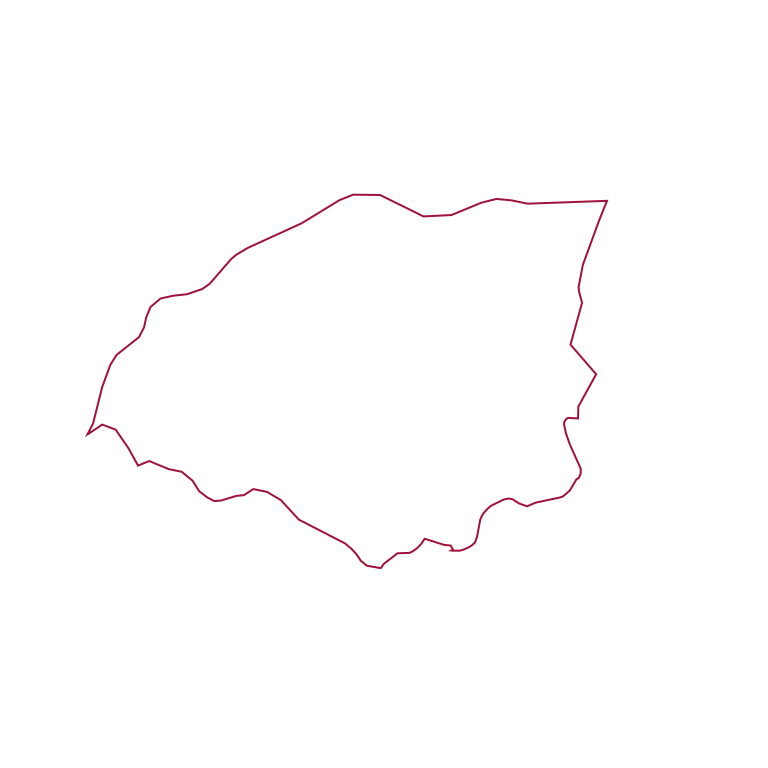 outline of Atlántico, rotated 241°
{"feature_id": "COL-1412", "entity_name": "Atlántico", "entity_type": "Department", "adm_level": 1, "iso_a3": "COL", "parent_name": "Colombia", "parent_adm1": "", "projection": "mercator", "projection_center": [-75.051, 10.678], "detail": "fine", "context": "isolated", "style": "outline", "palette": "rose", "viewbox_px": 768, "rotation_deg": 241, "n_neighbors": 0, "source": "natural_earth", "source_scale": "10m", "svg_char_len": 1438}
<svg xmlns="http://www.w3.org/2000/svg" viewBox="0 0 768 768"><g transform="rotate(241 384 384)"><path d="M205.7,362.2L205.7,364.0L210.4,364.0L214.3,358.4L228.9,344.6L226.1,339.0L224.5,334.0L223.8,328.5L223.8,324.8L223.9,324.6L229.4,313.7L226.8,296.7L224.5,291.9L233.3,281.0L240.7,278.0L248.5,277.4L256.1,275.5L263.5,272.6L306.6,243.8L332.5,237.5L346.3,229.4L355.5,218.7L354.7,207.6L357.7,200.7L361.1,184.9L363.9,178.8L370.4,174.5L379.7,170.4L392.2,169.7L405.3,164.5L414.0,154.4L430.5,141.2L431.9,129.3L451.0,129.4L474.1,127.2L485.1,117.9L484.0,105.2L483.7,100.2L490.4,110.3L518.1,136.2L533.5,154.0L539.1,164.2L543.8,192.5L550.0,201.7L557.6,208.4L564.5,217.0L567.1,230.0L563.5,242.2L558.0,255.3L555.2,271.1L556.1,279.9L567.4,311.0L568.6,316.9L569.1,330.8L564.5,389.9L566.4,434.3L564.5,448.9L551.2,472.2L511.4,499.8L499.1,524.9L495.4,556.8L491.4,571.9L483.0,584.3L472.1,597.0L436.1,667.8L422.3,650.9L391.8,615.7L374.2,601.0L369.9,599.3L359.0,596.6L328.0,566.2L289.7,574.3L270.0,543.0L259.8,537.0L265.2,528.4L265.0,526.5L263.5,523.3L261.1,521.8L252.4,519.2L240.8,517.2L214.4,515.0L210.1,512.4L207.4,508.8L207.3,506.1L200.7,494.7L198.9,485.8L199.6,482.3L206.7,459.2L207.7,449.8L214.2,444.1L220.7,440.7L223.4,437.5L224.9,432.9L225.6,418.3L224.4,413.0L222.7,408.4L220.9,405.3L218.6,402.3L205.2,391.3L201.3,386.7L200.3,382.7L200.1,378.8L200.7,372.7L201.4,369.7L205.0,363.2L205.7,362.2Z" fill="none" stroke="#9f1239" stroke-width="2"/></g></svg>